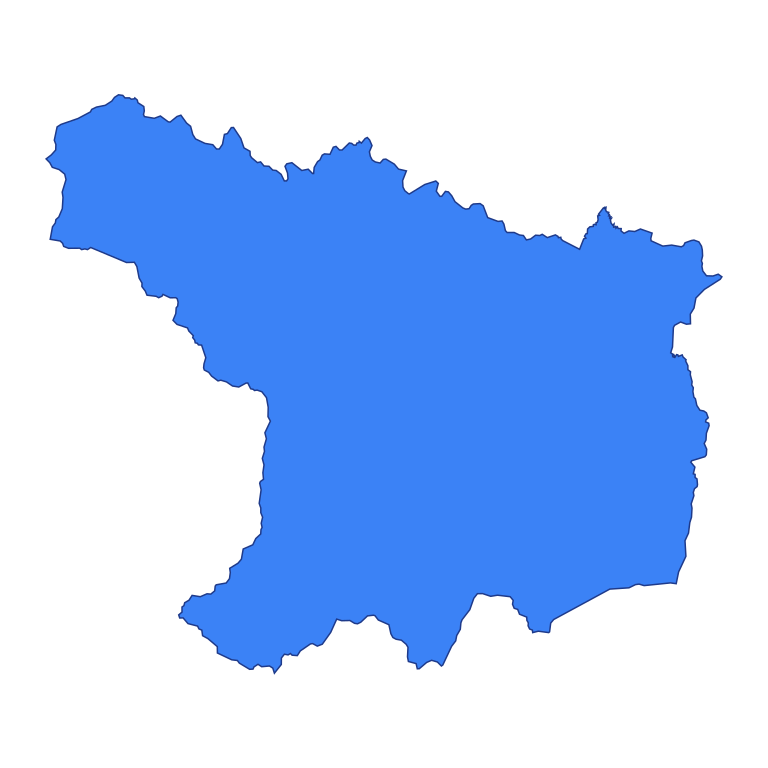 outline of Phanom, Surat Thani, Thailand
{"feature_id": "78962969B14493078239270", "entity_name": "Phanom", "entity_type": "district", "adm_level": 2, "iso_a3": "THA", "parent_name": "Thailand", "parent_adm1": "Surat Thani", "projection": "robinson", "projection_center": [98.753, 8.805], "detail": "fine", "context": "isolated", "style": "filled", "palette": "blue", "viewbox_px": 768, "rotation_deg": 0, "n_neighbors": 0, "source": "geoboundaries", "source_scale": "gbopen_adm2", "svg_char_len": 6090}
<svg xmlns="http://www.w3.org/2000/svg" viewBox="0 0 768 768"><path d="M134.8,97.9L134.3,98.8L131.3,99.2L129.5,97.9L125.0,97.9L122.8,95.4L118.5,94.8L114.5,97.4L111.8,101.1L105.3,105.3L96.4,107.1L91.7,109.4L90.4,111.9L78.0,118.5L61.0,124.4L57.1,126.9L54.3,140.2L55.9,144.5L55.7,150.0L51.3,154.9L46.1,158.9L49.8,162.7L52.3,167.3L59.2,169.6L64.7,174.1L66.0,179.6L62.2,192.1L63.0,197.4L62.3,208.7L58.8,217.0L55.9,219.6L55.3,223.0L52.5,226.8L50.2,239.3L60.2,241.0L62.6,243.3L63.7,246.4L68.5,248.3L79.8,248.2L81.6,249.6L84.9,248.9L87.5,249.6L90.7,247.5L126.5,262.5L134.4,262.3L136.9,266.6L139.1,278.0L142.0,283.1L141.9,286.6L145.3,291.1L147.0,295.2L156.2,296.3L158.7,297.7L162.0,296.2L163.0,294.4L170.2,297.8L175.8,297.7L177.2,298.7L178.1,302.1L177.7,306.0L176.2,307.8L175.8,313.6L173.0,320.3L177.0,324.4L187.5,327.9L188.8,331.0L193.3,335.7L192.7,337.6L194.7,340.1L195.2,342.8L197.4,343.3L198.4,344.9L201.6,345.1L205.8,357.7L204.0,363.9L203.6,367.8L204.3,370.0L208.7,372.3L211.6,376.1L218.0,380.9L220.8,380.2L226.5,381.9L232.5,386.0L238.8,387.0L246.0,383.1L247.8,383.0L250.7,388.8L253.4,389.4L254.4,390.5L257.1,390.1L261.8,391.7L266.5,397.7L268.2,407.3L268.0,416.7L270.4,421.1L264.9,432.8L266.4,438.8L264.0,447.1L264.5,451.4L262.3,458.4L264.0,464.9L262.9,472.7L263.5,479.3L260.4,481.5L259.7,483.2L261.1,489.8L259.2,503.4L260.8,508.0L260.8,512.7L262.6,517.2L261.2,523.3L262.1,527.4L261.0,529.6L260.7,534.0L255.8,538.5L252.8,544.8L243.2,549.0L241.4,559.2L238.0,563.2L229.7,568.3L230.3,572.5L229.5,578.6L226.2,583.0L216.2,584.8L215.2,586.1L214.7,590.9L210.8,594.1L207.0,593.8L200.3,596.7L192.1,595.4L189.0,600.2L184.7,602.7L183.9,605.7L182.0,607.0L182.0,612.1L178.7,614.9L179.7,618.0L183.1,617.9L188.0,623.6L197.6,626.1L198.9,628.9L201.8,630.1L202.6,635.7L207.9,638.6L217.3,646.6L217.4,653.0L231.7,659.8L237.4,660.5L239.3,663.1L249.6,669.3L253.0,669.1L254.0,666.9L258.0,664.3L261.7,666.7L269.5,666.0L272.8,668.1L274.4,673.2L281.3,664.5L281.4,658.0L284.4,654.2L288.1,654.9L290.4,653.5L292.1,655.2L297.3,655.6L300.3,650.9L310.5,643.9L312.7,643.6L317.3,646.1L322.3,644.2L330.7,632.4L336.7,619.1L341.7,620.7L349.9,620.5L354.5,623.3L357.5,623.8L360.8,622.2L367.5,615.9L373.5,615.2L375.0,615.7L378.3,620.0L388.9,624.7L390.9,633.8L392.9,637.5L396.0,639.2L401.4,640.2L406.2,644.3L408.0,647.3L407.5,656.9L408.4,661.5L416.1,663.6L417.3,668.8L419.3,668.7L426.7,662.4L431.6,660.3L437.4,662.0L441.4,666.0L442.8,665.0L451.6,646.3L455.7,640.9L456.7,635.6L460.3,629.3L460.9,622.8L462.1,619.7L469.8,609.7L473.8,598.3L477.4,593.7L482.6,593.6L490.7,596.3L497.5,595.2L510.2,596.7L513.2,600.4L512.5,604.2L514.2,608.3L517.7,609.4L519.5,614.2L526.7,617.1L526.9,620.4L528.3,622.8L528.1,625.8L529.6,629.0L532.4,630.1L532.7,632.6L538.3,631.2L548.7,632.6L549.6,631.8L550.7,623.1L553.7,619.5L609.8,589.1L629.0,587.8L635.5,584.6L639.1,584.1L644.1,585.6L670.5,582.9L676.2,583.7L678.6,571.9L685.9,556.3L685.0,540.7L688.5,533.1L689.8,522.6L691.5,517.2L692.0,508.1L691.2,503.9L693.9,495.7L693.3,492.4L694.5,488.7L697.1,486.6L697.5,484.7L697.0,478.9L695.1,477.5L695.1,474.4L693.3,473.8L694.9,467.1L690.8,462.2L691.8,460.7L704.9,456.7L706.3,454.9L706.7,449.2L704.2,443.5L706.0,440.0L706.4,433.2L709.1,425.7L708.7,423.2L705.6,421.9L705.9,420.0L708.2,417.8L706.4,412.8L703.8,411.0L699.9,410.2L696.8,405.4L695.4,398.8L693.9,397.2L692.9,391.6L693.3,387.7L691.7,385.0L692.1,381.7L690.3,374.8L690.5,371.7L687.9,369.7L687.9,365.7L685.6,360.9L686.1,359.8L683.0,356.9L682.2,354.9L678.4,356.4L677.9,354.9L676.6,354.6L674.8,357.5L673.3,356.9L674.6,356.1L673.7,354.5L672.6,355.4L672.4,353.9L670.7,352.8L672.5,347.0L673.4,327.5L674.6,325.3L680.6,322.0L686.4,324.2L690.5,323.8L690.3,314.1L694.0,308.1L695.9,298.0L704.4,289.4L720.3,279.2L721.9,276.8L718.2,274.2L713.0,276.0L706.5,275.8L702.8,271.0L701.9,266.3L702.4,263.4L701.4,260.9L702.6,255.9L702.3,250.0L701.5,246.2L698.9,241.9L694.0,240.1L691.4,240.5L685.0,242.8L683.6,245.6L681.3,246.8L671.7,245.1L662.8,246.1L651.1,240.8L650.8,238.4L652.1,233.1L640.4,229.0L634.8,231.5L628.9,230.9L624.0,233.3L621.0,230.9L621.2,228.6L618.2,228.5L617.4,226.8L616.0,228.1L615.8,225.8L615.6,226.8L613.7,227.1L614.0,224.0L612.7,225.3L611.0,222.9L610.4,219.7L611.5,218.2L610.0,218.3L610.7,217.1L609.7,217.4L610.0,216.0L608.7,215.9L609.4,214.6L608.2,213.6L608.8,212.4L606.5,211.7L605.7,210.1L606.0,207.3L604.9,207.8L604.7,206.6L604.7,208.6L603.4,207.9L598.5,214.2L599.5,215.3L597.7,215.9L598.1,219.8L597.3,222.3L596.0,222.8L596.1,224.7L594.3,224.3L593.3,224.9L593.3,226.4L589.9,226.8L587.6,229.0L587.3,233.6L586.1,233.7L584.5,236.2L585.9,238.1L583.7,238.9L579.6,249.3L562.7,240.6L561.1,239.0L560.8,237.3L558.4,237.7L558.0,236.4L555.4,234.9L547.3,237.6L542.2,234.3L539.8,235.5L535.6,235.2L530.6,239.0L526.4,239.9L523.4,235.5L519.5,235.0L514.2,232.5L507.1,232.5L505.4,230.6L503.9,224.1L502.1,221.0L498.0,221.4L487.7,217.6L483.2,205.8L480.1,203.6L473.3,204.0L471.2,205.4L469.1,208.7L465.7,209.1L462.8,207.9L455.0,201.7L451.7,195.7L448.4,191.9L445.4,191.4L441.7,196.3L439.9,196.3L436.3,191.2L438.3,183.4L435.8,181.0L424.8,184.5L409.3,194.0L408.2,193.5L404.8,190.7L403.0,187.1L402.6,180.6L406.4,170.9L398.5,169.1L394.3,164.1L385.9,159.1L383.3,159.4L380.1,163.0L375.4,162.0L372.2,160.0L370.3,156.3L369.4,151.8L372.0,145.6L369.6,140.0L367.3,137.5L365.2,138.5L361.4,143.1L359.2,141.3L359.0,142.6L356.9,143.1L356.0,145.1L353.7,145.1L351.7,143.4L349.3,143.0L342.1,150.0L339.5,150.0L336.0,146.4L333.3,147.2L330.0,154.3L324.4,153.9L322.2,155.2L319.9,160.0L317.6,161.6L314.2,167.4L313.6,173.5L312.5,173.5L308.2,169.2L301.8,170.5L291.9,162.7L286.8,163.8L285.0,166.3L287.5,173.0L288.0,178.8L286.6,180.9L284.3,180.9L281.1,174.3L276.2,170.5L272.7,170.1L269.0,166.3L264.0,166.0L260.6,161.9L257.4,162.6L251.6,157.7L250.2,155.5L250.0,151.3L244.0,147.9L240.8,138.5L233.5,127.5L231.3,127.6L227.4,133.6L224.4,134.4L222.5,144.3L219.3,149.0L216.5,149.0L212.8,144.7L205.0,143.4L195.5,138.9L192.8,134.5L190.6,126.3L186.6,123.1L180.9,115.2L177.0,116.5L170.1,122.1L168.2,121.8L160.4,116.0L154.3,118.3L144.4,116.6L143.5,114.5L144.3,110.9L143.8,106.5L137.9,102.7L137.3,100.1L134.8,97.9Z" fill="#3b82f6" stroke="#1e3a8a" stroke-width="1.5"/></svg>